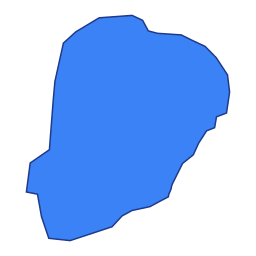 SVG path tracing the border of Kérouané
{"feature_id": "GIN-5642", "entity_name": "Kérouané", "entity_type": "Prefecture", "adm_level": 1, "iso_a3": "GIN", "parent_name": "Guinea", "parent_adm1": "", "projection": "natural_earth1", "projection_center": [-8.86, 9.325], "detail": "fine", "context": "isolated", "style": "filled", "palette": "blue", "viewbox_px": 256, "rotation_deg": 0, "n_neighbors": 0, "source": "natural_earth", "source_scale": "10m", "svg_char_len": 597}
<svg xmlns="http://www.w3.org/2000/svg" viewBox="0 0 256 256"><path d="M26.4,192.0L30.2,163.0L49.4,149.7L53.2,100.6L54.9,81.5L63.4,43.1L76.0,31.7L99.2,17.8L132.1,15.4L142.6,20.3L148.3,30.9L157.4,33.3L181.2,34.9L191.0,39.8L205.1,46.4L216.3,57.8L227.5,74.9L229.6,92.1L226.5,113.0L216.5,116.8L214.6,127.7L206.6,130.8L198.6,143.2L193.3,154.8L182.6,163.4L172.3,184.0L171.5,186.5L171.0,189.2L169.0,193.8L168.6,195.3L168.4,196.8L160.0,201.2L150.0,206.6L132.0,210.5L122.1,215.9L112.1,226.7L70.1,240.6L48.8,238.3L41.5,216.7L37.5,194.2L26.4,192.0Z" fill="#3b82f6" stroke="#1e3a8a" stroke-width="1.5"/></svg>